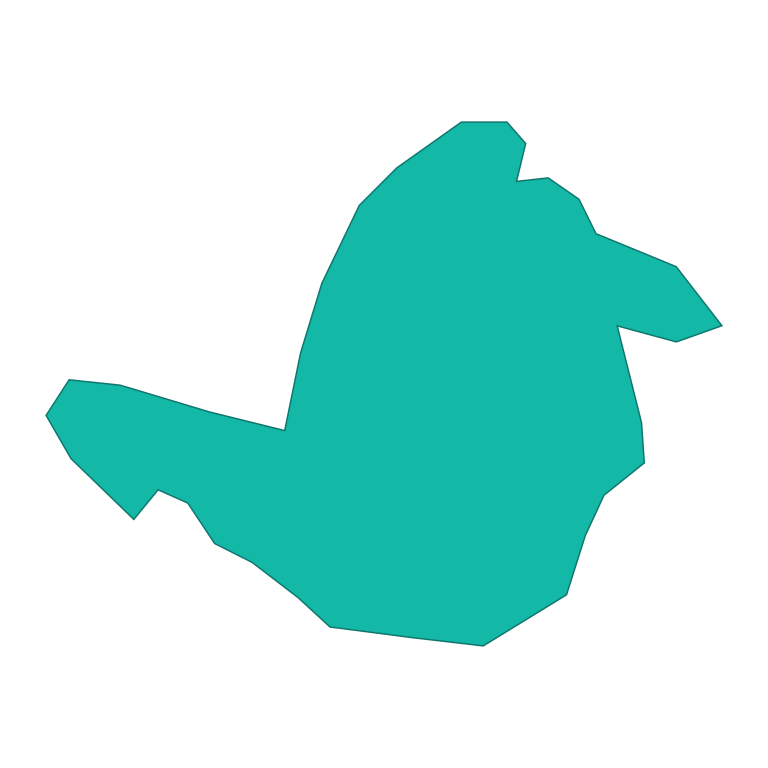 an SVG outline of Campbell Islands
{"feature_id": "NZL-5478", "entity_name": "Campbell Islands", "entity_type": "state/province", "adm_level": 1, "iso_a3": "NZL", "parent_name": "New Zealand", "parent_adm1": "", "projection": "mercator", "projection_center": [169.165, -52.535], "detail": "fine", "context": "isolated", "style": "filled", "palette": "teal", "viewbox_px": 768, "rotation_deg": 0, "n_neighbors": 0, "source": "natural_earth", "source_scale": "10m", "svg_char_len": 561}
<svg xmlns="http://www.w3.org/2000/svg" viewBox="0 0 768 768"><path d="M617.2,325.9L641.5,422.6L644.3,462.9L604.0,495.2L585.3,535.6L566.5,594.8L483.2,645.9L413.4,637.8L330.0,627.0L297.8,597.4L252.1,562.4L214.6,543.5L187.8,503.1L158.1,489.8L133.8,519.4L71.0,458.6L46.1,415.4L69.1,379.8L120.2,385.2L209.2,411.9L284.7,430.6L300.6,352.9L321.9,283.2L359.3,205.4L396.9,167.8L461.3,122.1L506.9,122.1L525.7,143.5L516.5,181.4L548.2,177.9L579.0,199.3L596.0,233.7L676.2,266.7L721.9,325.7L676.3,341.9L617.2,325.9Z" fill="#14b8a6" stroke="#0f766e" stroke-width="1.5"/></svg>